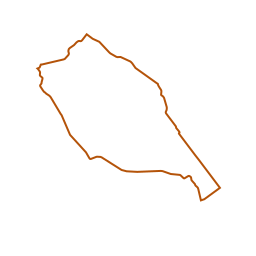 the border of Tahoua, rotated 143°
{"feature_id": "NER-95", "entity_name": "Tahoua", "entity_type": "Department", "adm_level": 1, "iso_a3": "NER", "parent_name": "Niger", "parent_adm1": "", "projection": "robinson", "projection_center": [5.147, 16.143], "detail": "fine", "context": "isolated", "style": "outline", "palette": "amber", "viewbox_px": 256, "rotation_deg": 143, "n_neighbors": 0, "source": "natural_earth", "source_scale": "10m", "svg_char_len": 2177}
<svg xmlns="http://www.w3.org/2000/svg" viewBox="0 0 256 256"><g transform="rotate(143 128 128)"><path d="M159.3,231.1L159.1,231.0L158.9,230.7L158.5,230.5L148.3,226.0L138.1,221.5L136.9,221.2L131.6,222.2L130.6,222.8L130.2,223.4L129.6,224.9L129.1,225.6L128.0,226.5L127.6,226.7L126.3,226.9L121.2,226.7L117.5,227.4L115.4,227.3L114.6,226.9L113.8,226.0L113.0,225.6L111.8,225.7L104.6,227.7L102.5,220.5L99.1,214.2L99.0,213.7L97.5,199.8L97.2,198.2L94.5,191.9L93.7,190.9L91.2,189.2L86.1,179.7L85.9,178.9L85.7,177.1L85.9,171.4L77.9,146.0L77.6,145.4L78.1,144.2L78.4,142.6L78.7,138.6L78.9,137.8L79.5,136.9L81.6,134.6L81.6,134.4L81.6,134.1L81.6,133.9L81.1,132.6L81.0,131.5L81.1,130.3L84.4,121.6L84.9,120.7L85.6,119.9L86.4,119.1L88.0,118.2L88.5,117.7L88.8,116.8L88.8,112.2L88.8,108.7L88.8,103.1L88.8,100.5L88.9,100.2L89.3,99.4L89.5,98.9L89.3,94.9L89.3,94.1L89.6,93.4L89.8,93.3L90.2,93.3L90.7,92.9L90.7,88.5L90.7,86.0L90.7,80.9L90.7,75.8L90.7,70.7L90.7,65.6L90.6,60.5L90.6,55.4L90.6,52.5L90.6,50.3L90.6,45.2L90.6,40.1L90.6,35.0L90.6,29.9L90.6,24.9L91.1,24.9L109.9,25.2L113.3,26.3L108.6,37.0L108.3,38.0L108.2,38.3L108.2,38.5L108.3,39.1L108.4,40.0L108.6,40.6L108.7,41.1L108.7,41.3L108.7,41.6L108.7,41.8L108.4,42.6L108.3,42.9L108.7,47.8L108.6,48.3L107.6,50.2L107.4,50.6L107.4,51.1L107.4,51.4L107.5,51.8L107.7,52.2L108.1,53.0L108.6,53.3L109.2,53.4L113.0,53.8L113.5,54.0L113.8,54.5L114.5,58.7L114.8,59.3L115.3,59.8L121.5,65.5L126.3,72.7L127.1,73.5L127.8,74.1L147.0,87.4L155.1,94.2L158.2,98.1L158.4,98.4L166.3,119.3L166.4,119.7L167.0,120.9L167.2,121.2L167.4,121.5L169.9,123.6L170.4,123.9L170.6,124.0L176.2,125.6L176.8,126.0L177.0,126.6L177.0,127.2L176.2,133.9L178.4,157.4L173.3,178.2L173.3,179.0L173.3,179.8L171.2,199.2L171.3,200.5L171.5,201.5L172.6,204.5L172.7,205.0L172.8,205.9L173.1,207.0L173.3,207.4L173.3,209.5L173.0,213.8L172.8,214.6L172.7,214.7L172.2,215.1L171.9,215.2L170.7,215.5L170.3,215.7L170.1,215.8L169.7,216.3L169.4,216.6L167.1,218.4L166.5,219.0L166.2,219.4L166.2,220.1L166.7,222.2L166.7,223.0L166.3,223.6L165.1,224.9L164.6,225.6L164.5,226.3L164.4,227.0L164.4,229.3L164.5,230.0L162.5,229.5L161.8,229.7L159.7,231.0L159.3,231.1Z" fill="none" stroke="#b45309" stroke-width="2"/></g></svg>